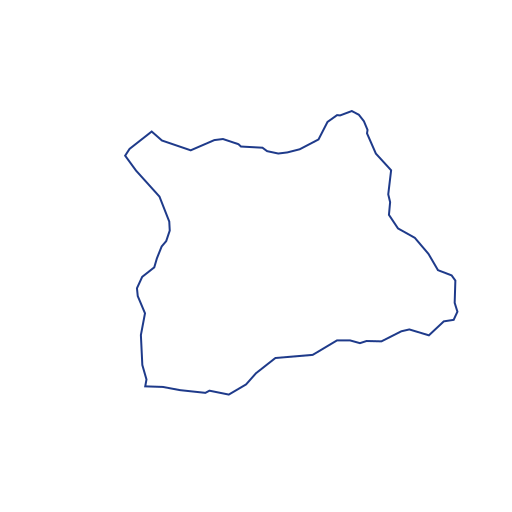 outline of Pastores, Sacatepéquez, Guatemala, rotated 237°
{"feature_id": "79465075B63522445953752", "entity_name": "Pastores", "entity_type": "district", "adm_level": 2, "iso_a3": "GTM", "parent_name": "Guatemala", "parent_adm1": "Sacatepéquez", "projection": "albers", "projection_center": [-90.77, 14.602], "detail": "fine", "context": "isolated", "style": "outline", "palette": "blue", "viewbox_px": 512, "rotation_deg": 237, "n_neighbors": 0, "source": "geoboundaries", "source_scale": "gbopen_adm2", "svg_char_len": 1024}
<svg xmlns="http://www.w3.org/2000/svg" viewBox="0 0 512 512"><g transform="rotate(237 256 256)"><path d="M325.4,415.3L328.1,403.1L330.0,400.7L329.5,389.0L319.7,371.9L321.7,350.8L325.8,338.7L329.8,330.5L337.9,322.4L343.3,320.4L356.0,303.0L359.3,302.2L372.1,292.0L375.9,284.2L380.2,258.8L404.1,240.0L417.2,236.3L414.7,208.3L411.4,200.9L392.9,201.9L358.4,207.4L332.1,202.0L324.3,197.5L317.4,188.8L315.4,182.1L308.0,171.6L301.9,164.5L300.5,149.2L293.8,138.6L286.8,135.0L268.4,131.7L252.4,116.4L226.5,101.3L212.1,96.9L207.0,92.1L196.9,106.6L184.9,119.2L168.8,139.0L168.4,143.6L154.6,157.7L153.7,177.7L157.7,192.2L159.9,216.7L142.2,249.7L141.1,278.0L134.0,288.9L126.3,295.7L124.5,302.4L116.1,314.7L113.7,336.9L110.9,344.6L95.3,357.8L98.9,377.9L94.8,387.0L99.6,394.6L108.5,397.1L126.8,409.8L133.2,409.5L145.0,400.9L163.8,401.8L184.7,399.1L201.8,390.1L218.1,389.9L228.1,397.8L235.7,400.5L254.3,416.0L276.6,412.3L298.4,415.9L301.0,418.2L310.2,419.9L318.4,419.2L325.4,415.3Z" fill="none" stroke="#1e3a8a" stroke-width="2"/></g></svg>